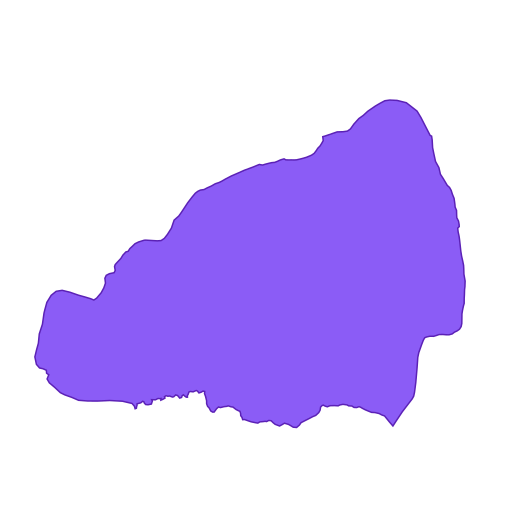 outline of Ban Lung, Rôtânôkiri, Cambodia, rotated 95°
{"feature_id": "14789045B59370140697229", "entity_name": "Ban Lung", "entity_type": "district", "adm_level": 2, "iso_a3": "KHM", "parent_name": "Cambodia", "parent_adm1": "Rôtânôkiri", "projection": "albers", "projection_center": [107.039, 13.672], "detail": "fine", "context": "isolated", "style": "filled", "palette": "violet", "viewbox_px": 512, "rotation_deg": 95, "n_neighbors": 0, "source": "geoboundaries", "source_scale": "gbopen_adm2", "svg_char_len": 4120}
<svg xmlns="http://www.w3.org/2000/svg" viewBox="0 0 512 512"><g transform="rotate(95 256 256)"><path d="M413.4,104.8L408.7,102.3L398.3,96.6L390.6,91.7L384.8,88.0L381.9,86.7L377.9,86.2L368.2,85.8L354.1,85.8L347.2,85.9L342.9,86.0L338.0,85.4L329.9,83.3L325.4,82.0L322.7,80.8L321.8,79.0L320.8,75.9L320.5,72.0L319.6,69.7L318.3,66.8L317.9,63.1L317.9,59.8L317.7,56.9L316.5,53.7L314.6,51.7L313.1,49.1L311.2,46.9L308.5,45.5L305.3,45.1L301.0,45.4L295.7,45.8L291.8,45.5L287.7,45.0L285.1,44.5L279.9,44.9L276.5,45.0L271.3,45.3L268.2,45.2L262.7,45.5L255.9,47.3L250.7,47.9L247.2,48.4L243.1,49.6L238.1,51.2L233.3,52.4L227.7,53.5L222.2,54.6L219.5,55.2L218.0,55.6L214.5,56.7L210.7,57.5L209.0,56.1L206.9,56.4L203.6,57.3L200.4,59.3L197.6,59.7L193.1,60.2L189.9,61.9L187.5,62.3L184.7,62.9L181.3,63.7L177.4,65.7L173.6,67.3L170.8,69.2L169.0,71.6L166.5,73.4L162.6,76.2L158.5,79.4L152.0,81.5L146.2,85.4L138.5,87.8L132.7,89.5L125.1,90.6L121.3,91.5L120.6,93.1L112.2,98.4L103.6,103.8L97.6,108.2L90.2,119.6L88.7,129.0L89.0,136.4L90.1,141.2L92.5,144.9L94.0,147.1L96.3,150.3L100.1,154.9L102.1,157.3L106.6,161.4L108.3,163.4L110.1,165.5L115.9,169.9L121.2,173.0L123.6,175.8L124.6,180.1L125.3,186.0L130.4,197.5L131.3,199.9L135.2,199.1L138.1,200.4L140.8,201.8L143.2,203.8L146.0,205.3L148.7,207.0L150.8,209.6L152.0,211.9L153.2,214.2L154.4,217.2L155.5,220.3L156.7,224.1L157.0,226.3L157.2,229.2L157.5,232.3L157.6,234.7L156.8,236.5L157.7,238.9L158.3,240.3L159.8,242.9L161.1,245.5L161.6,248.4L162.4,250.9L163.8,254.9L164.8,257.3L164.7,259.0L164.5,260.6L165.4,262.4L167.5,266.4L171.6,275.1L174.5,280.3L178.4,287.5L181.9,293.0L184.5,296.7L186.0,299.2L187.6,302.9L190.2,306.6L192.4,310.6L194.3,313.5L195.2,317.2L196.7,319.7L198.7,321.9L202.7,324.7L204.9,326.1L209.0,328.7L218.8,334.0L222.9,336.4L227.4,340.7L235.6,342.7L242.2,346.1L246.5,348.9L248.9,351.9L249.5,355.7L249.8,366.9L250.0,368.7L252.2,374.1L254.3,377.6L257.2,380.1L259.6,382.3L262.5,383.8L263.3,386.0L266.6,388.6L270.2,390.4L272.0,391.8L274.8,394.0L276.8,395.5L278.9,396.0L282.6,395.0L285.0,395.9L286.4,400.5L288.3,403.5L291.3,404.6L296.2,403.6L301.0,404.8L306.1,407.0L311.9,411.1L314.0,413.7L313.0,416.8L311.8,422.5L310.5,429.5L308.3,438.2L307.1,446.1L307.8,448.9L308.6,452.0L313.0,456.6L320.4,460.3L328.1,461.7L331.3,462.2L342.6,462.8L352.5,465.1L361.9,465.2L368.4,466.4L375.8,467.5L383.1,465.3L386.4,461.9L386.9,458.3L388.1,454.9L391.0,454.4L392.4,452.1L396.7,453.4L400.4,450.8L404.4,445.1L409.2,439.0L411.0,434.4L412.9,427.1L415.2,420.2L415.1,410.9L414.3,401.1L412.7,389.1L412.3,376.4L413.7,366.6L416.3,364.0L418.7,363.1L418.1,361.9L416.4,361.8L415.1,361.5L413.6,361.6L412.3,358.0L410.6,356.2L411.0,355.0L412.3,354.4L413.6,352.9L413.6,350.6L412.6,347.3L409.5,346.6L408.2,347.4L408.1,345.2L408.0,343.6L406.5,341.2L406.5,339.5L406.2,338.2L407.9,338.2L406.9,336.3L405.5,334.3L404.1,334.9L403.0,333.4L403.4,331.6L403.0,330.0L403.8,326.9L403.4,325.7L401.4,323.9L401.8,322.0L404.2,319.6L403.4,317.8L401.6,317.4L400.6,316.2L401.7,314.9L402.7,313.2L402.6,312.0L401.1,312.2L399.6,311.5L397.4,311.0L396.7,309.7L396.8,306.8L395.2,303.8L395.7,302.5L397.4,300.9L396.5,298.8L395.2,297.0L395.4,295.3L397.5,295.3L400.3,294.0L404.5,292.6L407.5,292.3L410.0,291.1L411.5,289.4L414.3,287.6L415.3,285.6L415.1,284.1L411.5,281.9L409.7,280.2L410.1,278.2L408.9,274.8L408.3,271.9L407.7,270.7L408.4,267.8L408.5,265.8L410.7,262.4L411.7,259.9L412.1,258.5L414.2,257.6L416.4,257.3L418.0,255.9L420.2,255.0L419.9,253.2L421.0,248.9L421.6,246.4L422.1,242.1L422.3,239.6L420.9,237.7L420.4,234.7L419.9,232.5L420.0,231.0L418.7,228.9L418.8,226.5L420.5,224.5L422.0,222.3L423.3,217.7L421.5,215.0L420.1,213.1L420.9,209.0L421.8,207.0L423.3,204.0L423.3,200.6L420.6,198.0L418.1,196.6L415.4,192.3L413.3,188.9L411.1,185.5L409.6,182.6L406.5,179.8L404.0,178.7L400.9,178.5L399.2,177.1L398.7,176.0L399.5,174.1L400.0,171.8L398.7,169.3L398.2,164.9L398.1,161.1L397.1,159.5L396.2,156.5L396.4,152.3L397.2,150.7L397.1,147.4L398.3,145.2L398.2,142.5L397.1,140.2L397.6,138.5L398.4,136.9L399.7,133.7L400.5,131.2L401.7,127.3L401.6,123.8L402.2,119.6L403.4,116.8L404.1,114.0L409.8,108.5L413.4,104.8Z" fill="#8b5cf6" stroke="#5b21b6" stroke-width="1.5"/></g></svg>